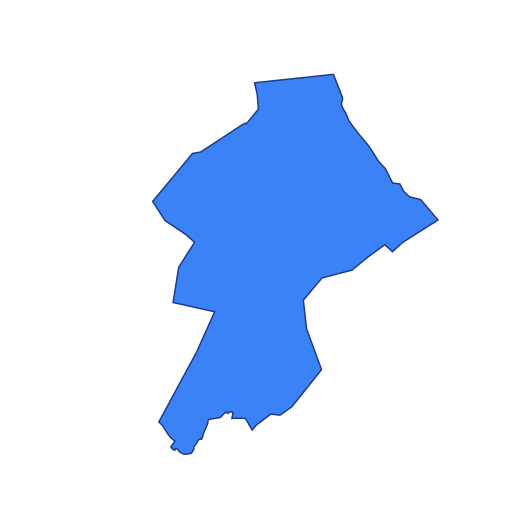 outline of Santiago Tillo, Oaxaca, Mexico, rotated 148°
{"feature_id": "50627088B22600736926563", "entity_name": "Santiago Tillo", "entity_type": "district", "adm_level": 2, "iso_a3": "MEX", "parent_name": "Mexico", "parent_adm1": "Oaxaca", "projection": "albers", "projection_center": [-97.308, 17.467], "detail": "fine", "context": "isolated", "style": "filled", "palette": "blue", "viewbox_px": 512, "rotation_deg": 148, "n_neighbors": 0, "source": "geoboundaries", "source_scale": "gbopen_adm2", "svg_char_len": 1315}
<svg xmlns="http://www.w3.org/2000/svg" viewBox="0 0 512 512"><g transform="rotate(148 256 256)"><path d="M165.4,403.7L169.4,392.2L176.1,379.3L194.0,373.3L194.7,374.3L198.3,374.6L238.6,373.7L240.8,373.8L241.1,373.7L247.8,373.5L255.5,376.6L313.3,357.5L314.7,357.1L314.4,334.3L304.0,311.1L300.9,300.1L327.4,287.5L351.0,260.5L320.6,230.6L357.1,206.1L426.4,166.7L425.2,162.5L425.1,158.9L425.1,151.4L424.3,146.1L423.1,142.1L422.9,142.0L423.2,141.7L429.4,139.3L429.0,136.0L427.7,134.3L426.5,135.3L424.9,133.8L424.8,130.7L422.6,126.7L421.3,125.4L415.7,123.0L413.3,123.7L412.6,124.5L411.0,125.0L410.2,126.9L405.6,128.8L401.8,130.7L399.2,129.5L398.6,130.8L397.8,130.3L394.3,133.6L385.4,139.7L385.3,140.6L382.6,142.4L371.9,138.0L364.3,139.7L363.3,137.4L361.2,138.0L358.7,136.2L358.6,135.1L362.5,131.1L354.2,126.1L351.0,123.7L351.5,110.5L345.4,112.4L327.3,114.1L319.9,108.3L305.3,109.2L260.6,124.9L251.7,167.5L239.2,193.5L211.6,202.4L182.0,193.2L161.8,195.8L140.8,197.3L139.1,191.4L138.0,187.3L124.7,189.8L82.6,190.1L86.5,216.6L94.5,224.9L96.5,232.5L95.8,240.9L101.5,245.5L100.0,261.4L101.9,271.4L101.9,280.4L101.9,281.7L102.1,289.9L104.3,305.8L104.9,312.0L105.4,318.2L105.5,321.8L104.2,329.2L104.0,335.9L103.2,339.6L99.2,343.5L98.6,344.8L94.1,369.0L165.4,403.7Z" fill="#3b82f6" stroke="#1e3a8a" stroke-width="1.5"/></g></svg>